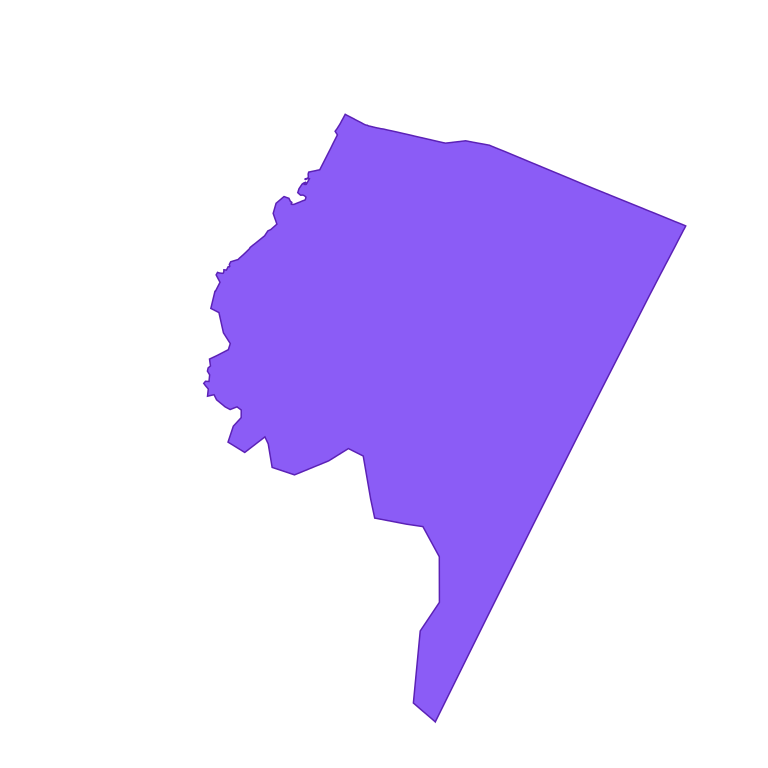 Soudari, North Kordufan, Sudan, rotated 117°
{"feature_id": "16777658B52132204049815", "entity_name": "Soudari", "entity_type": "district", "adm_level": 2, "iso_a3": "SDN", "parent_name": "Sudan", "parent_adm1": "North Kordufan", "projection": "orthographic", "projection_center": [27.862, 15.17], "detail": "fine", "context": "isolated", "style": "filled", "palette": "violet", "viewbox_px": 768, "rotation_deg": 117, "n_neighbors": 0, "source": "geoboundaries", "source_scale": "gbopen_adm2", "svg_char_len": 4911}
<svg xmlns="http://www.w3.org/2000/svg" viewBox="0 0 768 768"><g transform="rotate(117 384 384)"><path d="M343.6,187.7L288.8,187.8L183.3,187.7L174.4,187.6L171.5,187.6L159.9,187.5L154.6,187.4L150.0,187.4L145.9,187.3L136.6,187.2L128.7,187.1L126.4,187.1L126.1,187.1L123.1,187.1L114.2,187.0L111.1,187.0L110.5,187.0L109.8,186.9L108.8,186.9L108.1,186.9L107.6,186.9L107.0,186.9L106.7,186.9L106.4,186.9L106.2,186.9L106.2,187.3L106.2,187.6L106.2,187.8L106.3,189.0L106.4,189.9L106.4,190.5L106.6,192.5L106.6,192.9L106.7,193.7L106.7,193.8L107.0,197.0L107.0,197.3L107.1,197.5L107.3,200.4L107.6,204.2L107.8,206.2L107.8,206.6L108.0,209.0L108.7,217.3L109.8,229.4L110.0,232.4L112.1,256.6L114.8,287.8L115.5,296.7L116.6,311.8L120.1,356.7L122.0,381.9L122.5,387.4L122.6,388.5L122.7,389.1L122.7,389.4L122.7,390.1L122.9,391.6L123.0,393.6L123.2,395.4L123.3,397.1L123.4,398.6L123.5,398.8L124.1,400.9L125.6,406.0L126.6,409.2L127.2,411.2L127.7,413.0L127.9,413.5L128.9,417.1L129.2,417.9L129.3,418.4L129.3,418.5L129.4,418.8L129.6,419.5L129.8,420.2L129.9,420.5L130.2,421.5L130.3,421.8L130.8,422.5L131.8,424.0L132.3,424.8L133.5,426.5L134.1,427.4L134.3,427.8L135.2,429.1L135.8,430.0L136.7,431.4L137.0,431.8L137.4,432.4L137.7,432.9L137.8,432.9L138.1,433.4L138.3,433.7L138.6,434.2L139.6,435.7L140.3,436.7L140.3,436.8L141.1,438.0L141.5,438.5L141.7,439.4L141.7,439.5L141.9,440.2L142.0,440.4L142.6,442.8L142.8,443.6L143.8,447.6L145.0,452.4L145.2,453.4L145.3,453.8L145.8,455.5L145.9,456.0L146.6,458.8L147.0,460.4L147.4,462.1L147.7,463.1L149.3,469.5L149.7,471.3L151.1,476.9L152.0,480.4L153.1,484.8L153.7,487.2L155.0,492.2L156.1,496.2L156.4,497.5L157.1,500.4L157.2,500.6L157.9,502.6L158.0,502.9L158.0,503.0L158.6,505.3L158.7,505.5L159.1,507.0L159.2,507.4L159.5,508.5L159.6,509.1L159.9,510.2L159.9,510.3L160.1,511.3L160.4,512.3L160.4,512.5L160.7,513.7L160.8,514.0L161.1,515.1L161.0,516.0L161.0,516.3L161.2,516.8L161.3,517.0L161.5,517.9L161.6,518.3L161.6,518.5L161.6,518.8L161.6,519.1L161.6,520.0L161.6,521.3L161.5,522.2L161.5,523.4L161.5,526.1L161.5,526.7L161.5,527.3L161.5,528.3L161.5,529.5L161.5,529.8L161.5,530.2L161.4,530.8L161.4,532.3L161.4,534.1L161.4,534.7L161.4,536.1L161.4,538.0L161.4,538.3L161.4,539.3L161.3,540.8L161.3,541.0L167.3,541.1L167.5,541.1L167.9,541.2L171.6,541.2L172.3,541.2L172.4,541.3L172.5,541.3L172.8,541.3L174.4,541.4L174.7,541.5L174.8,541.5L175.1,541.5L175.5,541.5L175.8,541.6L176.4,541.6L177.3,541.7L177.6,541.7L179.9,542.1L181.0,542.3L183.2,538.6L184.3,538.6L185.0,538.6L188.3,538.6L189.6,538.6L191.7,538.6L192.5,538.6L197.9,538.5L198.4,538.5L200.5,538.5L201.3,538.5L203.6,538.5L205.9,538.5L207.2,538.5L213.6,538.5L219.5,538.5L220.5,538.5L221.9,538.5L222.3,538.5L224.1,540.8L224.9,541.7L227.5,545.0L229.4,547.3L231.4,546.9L233.4,545.7L234.7,545.2L236.4,546.5L236.6,546.9L236.8,547.2L237.3,547.4L237.5,546.9L237.4,546.8L237.1,546.6L236.7,546.2L236.4,545.8L236.0,545.6L235.0,544.1L235.0,543.9L235.0,543.6L241.4,543.9L242.1,544.9L242.1,545.0L242.2,545.5L242.3,545.7L241.8,545.9L240.7,545.5L240.1,545.0L240.0,545.3L239.9,545.5L240.3,545.8L241.2,546.7L243.0,547.7L248.6,548.4L249.2,548.3L252.7,547.7L253.6,544.2L253.6,543.9L252.5,542.1L252.5,541.9L252.5,541.6L252.4,541.3L252.4,540.9L252.4,540.6L252.4,540.4L252.6,539.6L252.8,538.9L252.9,538.4L254.8,537.9L256.2,538.0L256.4,538.2L256.5,538.4L257.0,538.9L257.1,539.1L257.8,539.7L258.7,540.5L260.1,541.6L260.6,542.1L261.2,542.6L261.3,542.7L261.4,542.8L264.5,545.5L264.8,545.7L265.0,546.1L265.3,546.7L265.7,547.4L265.8,547.5L265.7,548.4L264.9,548.5L264.3,548.4L264.0,548.7L263.9,549.1L263.8,549.8L263.8,550.2L263.1,551.2L262.3,552.2L262.3,552.3L261.7,553.0L262.1,555.8L262.3,557.9L262.4,558.2L263.8,558.8L264.0,558.9L272.0,562.2L282.3,560.2L285.9,556.5L287.3,555.0L290.2,552.0L297.8,555.0L298.8,555.8L300.3,557.0L305.7,557.6L306.1,557.6L310.3,559.5L310.8,559.7L319.0,563.4L319.3,563.6L323.2,565.3L324.6,565.3L326.7,566.0L329.4,566.9L333.6,568.4L333.7,568.5L335.1,569.0L337.3,569.9L338.3,570.2L339.3,570.5L344.7,576.1L346.7,576.1L347.7,576.1L349.1,574.9L349.8,575.0L350.3,576.1L353.9,576.1L354.0,576.1L354.9,578.5L356.7,577.7L358.0,577.5L358.6,577.9L359.7,580.7L360.0,582.1L360.1,583.0L363.0,583.1L365.5,579.6L367.8,576.3L373.9,576.3L377.7,576.3L377.7,576.5L377.8,576.5L378.2,576.7L395.3,572.6L395.3,563.5L411.3,550.3L417.8,539.3L424.1,538.3L434.8,546.0L441.0,550.8L446.7,546.8L449.5,548.0L452.7,547.2L455.0,543.5L461.2,541.1L462.6,544.3L465.3,544.9L466.7,542.0L468.2,538.3L475.0,535.7L470.7,530.6L474.1,526.0L476.5,515.2L476.6,509.5L471.1,504.6L472.0,499.4L478.8,496.0L490.0,499.1L506.6,496.6L508.2,477.0L485.2,466.1L489.9,460.0L509.1,445.8L505.6,422.5L477.6,398.4L457.7,386.4L457.6,369.8L492.5,343.7L507.7,331.4L498.7,300.4L493.4,284.6L512.8,256.3L553.4,235.5L587.6,239.6L654.9,213.0L657.9,200.9L659.5,194.1L661.6,185.5L661.7,185.1L661.8,184.9L661.7,184.9L589.4,185.8L544.2,186.3L474.8,186.9L441.7,187.2L343.6,187.7Z" fill="#8b5cf6" stroke="#5b21b6" stroke-width="1.5"/></g></svg>